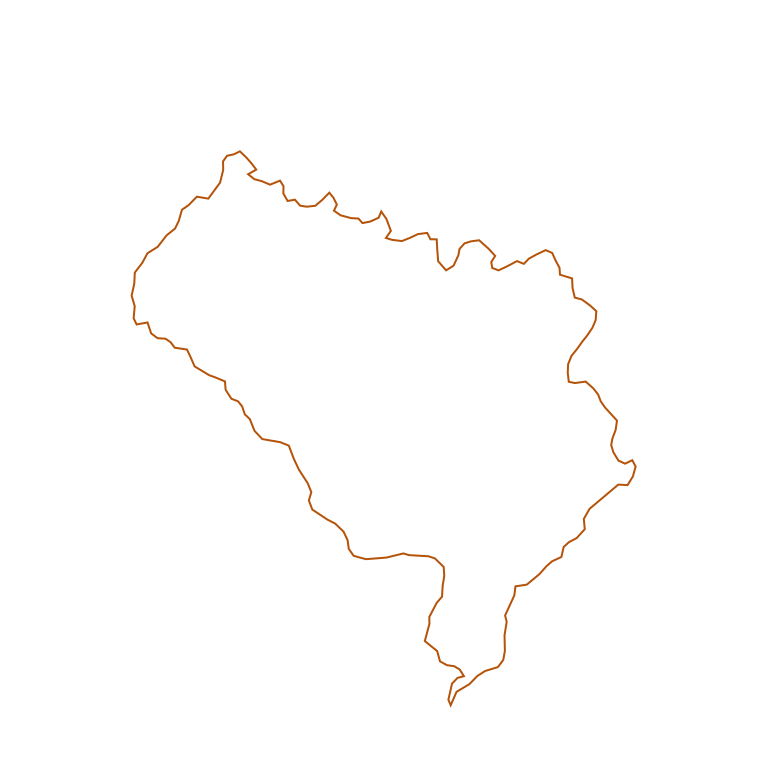 the district of Campo do Tenente, Paraná, Brazil, rotated 39°
{"feature_id": "56859067B28221247728736", "entity_name": "Campo do Tenente", "entity_type": "district", "adm_level": 2, "iso_a3": "BRA", "parent_name": "Brazil", "parent_adm1": "Paraná", "projection": "albers", "projection_center": [-49.655, -25.98], "detail": "fine", "context": "isolated", "style": "outline", "palette": "amber", "viewbox_px": 768, "rotation_deg": 39, "n_neighbors": 0, "source": "geoboundaries", "source_scale": "gbopen_adm2", "svg_char_len": 2601}
<svg xmlns="http://www.w3.org/2000/svg" viewBox="0 0 768 768"><g transform="rotate(39 384 384)"><path d="M636.9,309.3L635.6,299.2L631.5,289.8L624.9,287.0L621.5,294.2L614.5,296.0L605.2,292.7L599.0,288.5L595.8,282.6L593.0,274.1L588.1,265.8L577.3,264.2L570.3,263.1L563.2,261.0L557.0,257.4L549.5,255.7L539.2,255.2L531.8,263.1L526.2,266.0L519.7,259.6L514.6,252.7L512.0,244.1L512.0,235.2L511.4,226.0L511.4,218.5L510.6,209.2L508.3,201.2L503.2,193.8L494.8,193.3L484.5,193.8L477.9,196.8L470.2,190.8L463.7,183.6L452.0,188.3L447.2,183.2L440.4,180.4L432.2,176.3L425.4,178.2L420.9,187.6L417.7,195.4L417.1,202.6L410.0,204.8L407.4,211.0L404.4,217.7L401.5,223.6L395.1,225.7L390.6,221.7L389.8,214.5L380.7,213.1L367.5,212.4L362.0,218.2L358.1,223.9L357.7,231.5L360.8,237.2L363.6,248.3L360.7,256.6L348.8,254.5L340.6,245.8L333.9,238.4L329.0,242.3L322.5,239.4L316.0,246.2L312.2,254.1L307.9,261.7L299.5,266.9L293.6,269.3L293.0,260.7L282.0,254.2L273.3,251.7L275.2,258.2L270.9,266.7L265.9,272.5L260.0,271.5L254.2,275.7L244.2,280.2L236.0,280.8L234.5,274.3L227.6,271.1L221.1,269.7L220.2,279.4L218.4,288.8L212.4,294.8L206.6,298.2L198.8,296.8L193.9,302.4L185.9,299.3L181.4,293.5L175.2,291.4L170.0,300.8L161.3,303.3L154.4,306.4L146.4,306.5L149.8,297.8L142.5,296.0L134.3,294.6L125.6,293.9L122.7,300.1L118.4,305.4L118.8,312.3L124.3,318.8L129.9,330.7L130.8,350.5L120.7,356.2L119.6,368.0L117.3,375.7L121.9,386.5L123.8,394.8L121.5,405.2L121.8,419.9L117.9,431.2L119.9,442.0L120.2,454.2L126.8,463.2L132.3,474.2L141.3,480.4L148.1,490.5L154.3,493.4L161.5,485.0L171.2,491.2L179.2,490.9L185.7,486.3L191.8,485.8L198.5,487.5L209.2,481.2L215.7,484.3L225.8,489.5L242.5,487.2L248.5,485.1L258.8,482.1L264.6,488.2L274.7,491.5L281.5,489.3L287.9,490.7L295.0,495.2L301.8,495.7L312.9,501.9L324.1,503.4L340.0,494.5L348.8,491.8L361.4,499.1L371.8,504.1L387.3,509.2L395.6,513.8L398.9,521.8L407.3,526.7L425.4,525.0L433.9,523.2L445.5,524.2L454.0,528.3L460.4,534.3L468.5,536.6L474.0,534.3L480.2,531.5L495.0,517.5L505.7,503.5L511.2,501.2L526.8,490.0L533.2,487.5L545.5,488.6L551.6,495.2L556.5,503.8L562.9,512.7L562.7,521.0L565.8,536.5L570.3,541.9L577.5,558.1L586.6,558.1L593.4,558.1L602.1,564.3L609.9,562.9L616.0,559.2L622.4,558.2L630.0,560.8L626.1,566.1L625.4,574.0L632.7,588.8L638.0,591.7L634.1,577.6L639.3,563.3L640.3,552.1L643.2,543.4L650.7,532.3L650.3,523.3L645.9,515.3L641.6,510.3L635.8,503.4L629.0,491.6L623.8,487.7L618.3,466.3L613.5,458.5L621.2,450.1L624.5,433.6L624.9,423.5L626.2,416.0L630.7,406.8L626.2,397.6L627.2,390.7L630.7,382.4L631.4,370.5L624.2,363.1L622.3,351.6L629.4,314.7L636.9,309.3Z" fill="none" stroke="#b45309" stroke-width="2"/></g></svg>